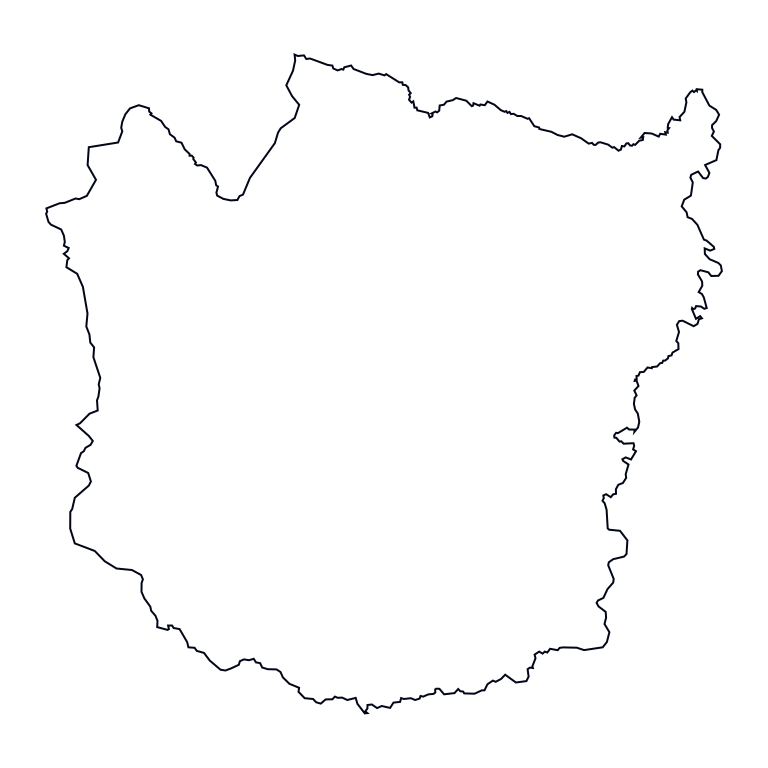 the district of Tain, Brong Ahafo, Ghana
{"feature_id": "2480657B14065489870616", "entity_name": "Tain", "entity_type": "district", "adm_level": 2, "iso_a3": "GHA", "parent_name": "Ghana", "parent_adm1": "Brong Ahafo", "projection": "orthographic", "projection_center": [-2.339, 7.791], "detail": "fine", "context": "isolated", "style": "outline", "palette": "ink", "viewbox_px": 768, "rotation_deg": 0, "n_neighbors": 0, "source": "geoboundaries", "source_scale": "gbopen_adm2", "svg_char_len": 6027}
<svg xmlns="http://www.w3.org/2000/svg" viewBox="0 0 768 768"><path d="M702.3,89.7L696.8,89.2L696.9,91.0L696.0,90.3L694.0,92.1L692.4,90.6L690.2,92.3L685.7,98.5L686.4,102.3L684.4,111.8L679.6,117.0L680.2,120.3L673.6,119.6L672.0,117.2L668.2,124.0L667.7,127.8L669.1,128.1L667.4,130.3L667.7,132.7L665.2,132.2L665.8,134.6L660.2,133.8L658.7,136.6L651.7,133.5L644.6,133.0L640.7,137.7L643.2,137.2L642.8,140.0L639.3,140.7L635.1,144.9L633.4,144.2L632.1,145.7L630.1,145.5L628.2,143.2L626.3,143.5L624.4,146.4L621.9,146.0L620.9,149.6L618.5,150.7L614.1,147.1L612.4,147.7L608.1,144.6L600.6,142.3L598.3,142.5L595.6,144.9L593.7,144.8L592.1,142.9L588.7,143.6L581.0,138.2L572.2,134.3L564.3,136.7L557.6,135.0L551.4,131.8L539.4,129.0L539.1,127.5L534.3,126.2L529.1,118.2L527.6,118.8L521.1,116.0L517.3,116.0L513.7,113.8L510.9,114.1L509.5,111.9L507.4,112.9L506.2,111.1L504.7,111.8L500.9,110.2L494.4,104.7L487.5,101.5L484.8,105.2L480.4,104.5L479.6,105.7L473.5,103.2L473.1,105.6L471.8,106.2L466.3,100.7L456.1,98.0L452.9,100.1L446.5,101.6L444.0,104.7L439.7,105.5L439.2,110.7L437.1,112.4L435.5,111.5L431.5,113.5L432.6,114.0L432.3,116.3L429.8,117.4L428.1,112.9L417.3,110.3L416.6,107.6L414.5,107.7L413.3,101.4L411.5,102.6L409.0,99.7L410.1,96.9L409.1,94.7L410.7,93.1L408.5,90.3L408.2,87.4L405.7,85.1L402.8,84.8L402.3,82.3L399.1,82.3L386.1,74.1L384.5,75.4L378.8,73.6L372.6,75.1L366.4,73.9L353.6,69.0L351.1,65.5L344.3,67.3L343.3,69.6L341.7,69.0L337.6,70.4L333.3,68.5L332.4,65.6L327.5,64.9L310.0,58.5L306.3,59.0L304.0,55.4L297.8,56.0L294.6,54.6L295.2,60.4L293.0,70.7L286.3,85.3L292.1,96.2L299.2,104.8L294.7,118.0L280.7,128.3L278.0,132.7L274.9,143.1L250.0,177.8L243.0,194.6L239.5,196.1L237.4,200.0L230.7,200.4L223.4,198.9L217.2,195.6L216.4,192.7L218.0,186.6L216.1,185.1L215.3,180.8L207.0,167.6L201.0,165.1L197.2,165.5L195.0,163.9L195.9,162.4L193.3,159.1L193.6,157.7L191.7,155.6L189.6,155.7L189.6,154.0L184.7,149.3L181.5,142.7L176.2,141.3L174.6,137.7L169.9,134.2L168.5,129.3L165.1,126.9L161.1,120.9L150.4,114.7L151.5,113.4L149.2,111.6L149.0,108.3L138.8,105.2L130.0,108.4L125.4,114.2L122.3,121.6L121.2,127.8L122.3,131.3L118.1,142.5L88.8,147.2L87.6,165.1L96.0,179.8L86.8,195.9L79.2,199.2L75.6,198.5L64.8,202.8L59.5,203.3L46.4,208.4L47.2,211.6L46.1,213.7L48.5,221.9L51.0,224.7L61.2,229.5L63.9,235.7L64.8,241.9L63.9,245.7L68.7,248.0L67.3,251.2L63.8,253.8L69.0,258.3L67.3,260.1L66.4,267.2L77.2,273.8L82.9,286.9L87.5,313.5L86.3,326.5L89.4,334.4L90.3,342.6L94.1,347.4L93.4,357.2L100.3,377.9L98.7,384.4L99.6,388.2L98.4,396.6L97.0,400.3L97.7,410.5L89.5,413.7L80.0,423.3L76.5,425.0L88.9,436.0L92.8,441.0L90.6,444.8L85.5,447.8L83.8,451.2L81.0,453.1L76.4,465.8L77.7,467.8L88.2,473.0L90.9,481.5L88.9,485.5L74.8,497.8L72.2,509.0L70.3,511.9L70.2,528.6L74.8,543.4L94.8,551.0L104.8,561.3L116.5,568.5L131.9,570.0L141.1,575.0L142.9,579.3L141.6,583.1L141.5,591.8L144.4,598.5L150.3,606.6L151.2,610.8L155.5,615.8L157.5,620.9L157.2,627.1L167.6,629.9L168.9,629.1L168.1,625.5L172.1,625.5L173.6,628.0L179.6,629.1L187.2,642.2L188.4,647.3L194.6,647.8L196.8,650.9L204.0,652.9L209.7,660.5L220.5,669.7L225.4,670.5L231.1,668.4L238.8,664.8L239.9,661.2L243.9,659.4L249.0,660.2L253.7,658.8L256.0,662.4L260.1,663.1L262.2,667.5L267.7,669.2L276.5,669.4L280.5,672.0L282.9,677.4L289.4,683.8L299.1,687.8L298.5,691.8L304.7,698.2L313.1,699.0L316.2,702.3L320.8,703.6L325.7,699.4L332.4,699.3L334.9,696.6L337.7,697.8L342.1,697.6L347.3,700.0L355.7,697.9L357.4,703.8L364.8,713.4L367.4,713.1L365.3,711.3L367.4,708.5L367.5,705.0L371.9,704.5L377.1,708.1L381.7,706.0L390.1,707.9L393.5,702.6L400.1,701.9L401.1,698.1L403.9,699.0L410.9,698.2L415.1,700.0L419.6,698.6L420.5,696.0L423.2,696.6L428.3,694.4L433.5,693.9L435.3,692.5L435.2,689.4L436.2,688.7L439.4,688.8L444.1,694.3L454.5,693.1L458.2,689.0L460.2,691.2L463.2,691.6L464.2,693.4L474.6,693.7L481.9,690.3L484.5,690.3L487.5,684.2L492.9,680.6L495.7,681.8L501.0,679.0L505.2,674.7L515.9,682.5L526.4,681.1L528.6,676.6L527.6,669.2L530.0,667.6L532.9,668.0L532.4,666.3L535.5,658.3L534.6,654.6L539.2,651.6L542.6,653.6L544.8,651.6L547.3,652.5L550.1,648.8L557.7,650.2L559.6,647.9L562.9,647.4L576.8,647.7L584.1,650.1L602.7,647.3L606.9,642.0L609.4,632.2L604.5,624.0L606.1,617.7L605.7,611.9L598.5,606.4L596.6,602.9L598.0,600.5L603.4,597.9L607.5,589.1L613.2,582.6L613.7,578.9L608.2,565.3L608.8,562.3L613.1,559.2L624.0,556.6L626.5,554.1L627.4,540.4L620.0,530.8L609.1,529.7L607.7,528.4L606.6,509.8L604.7,503.3L602.5,500.8L603.8,498.1L603.3,495.5L606.1,494.2L610.8,497.2L613.2,494.3L616.0,493.8L615.9,489.2L618.3,484.8L622.9,483.0L626.2,477.8L625.7,474.3L628.5,464.5L623.2,461.0L622.4,459.2L625.7,457.4L631.0,459.5L636.0,451.2L633.1,449.4L634.2,445.7L633.5,443.2L623.6,443.7L621.3,441.3L619.5,441.6L616.3,437.8L614.4,437.6L614.2,435.3L616.1,432.8L618.0,433.1L627.0,427.7L629.1,429.5L634.8,429.6L634.4,431.9L638.0,427.5L639.3,421.8L637.8,413.5L635.1,409.5L633.9,404.0L634.7,397.7L636.6,395.4L634.3,390.6L638.5,386.0L636.5,380.6L634.7,380.9L635.1,379.5L636.7,379.4L636.5,376.0L638.5,375.6L639.9,372.2L643.8,371.9L647.5,367.5L651.8,368.2L652.0,367.1L657.1,366.5L660.1,363.2L662.2,362.9L663.2,360.6L665.1,360.6L668.0,358.3L668.4,356.1L671.5,355.4L672.5,352.6L678.5,349.1L678.3,343.2L676.3,341.0L679.0,332.0L676.9,324.8L679.2,321.1L682.6,320.7L693.7,326.2L697.5,323.9L698.9,319.3L701.9,318.3L700.1,316.1L696.0,318.8L691.8,308.9L692.1,307.9L693.4,309.2L695.2,308.4L696.1,306.1L700.9,306.5L704.3,308.8L706.7,308.0L703.8,297.4L701.9,294.0L698.7,292.1L702.3,285.7L702.1,281.5L697.9,274.4L698.1,271.7L700.4,270.2L708.3,272.3L711.3,276.0L718.5,275.8L721.9,271.1L720.8,265.4L718.4,263.0L709.6,259.2L704.9,254.0L704.7,248.4L710.2,250.6L714.3,248.9L713.8,246.8L706.6,240.6L703.9,239.6L697.4,224.8L692.0,218.9L687.6,217.2L686.6,212.3L681.7,206.4L684.2,199.7L690.9,195.6L692.8,182.4L690.4,177.7L691.2,174.8L698.1,171.5L703.1,178.1L705.9,178.5L707.9,176.9L709.4,172.9L705.1,165.0L716.4,160.1L718.4,150.2L720.1,147.9L720.2,144.3L711.8,135.9L713.9,131.5L712.0,127.9L712.1,125.1L716.2,121.1L719.1,114.7L716.2,109.9L709.4,105.6L702.3,92.2L702.3,89.7Z" fill="none" stroke="#020617" stroke-width="2"/></svg>